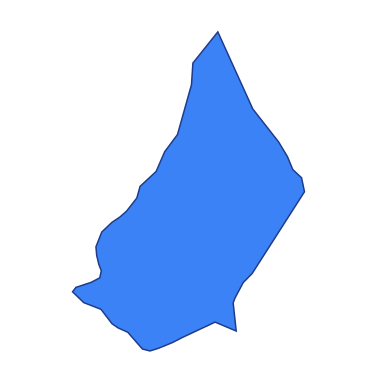 the Municipality of Bled, rotated 94°
{"feature_id": "SVN-1008", "entity_name": "Bled", "entity_type": "Municipality", "adm_level": 1, "iso_a3": "SVN", "parent_name": "Slovenia", "parent_adm1": "", "projection": "albers", "projection_center": [14.045, 46.372], "detail": "fine", "context": "isolated", "style": "filled", "palette": "blue", "viewbox_px": 384, "rotation_deg": 94, "n_neighbors": 0, "source": "natural_earth", "source_scale": "10m", "svg_char_len": 678}
<svg xmlns="http://www.w3.org/2000/svg" viewBox="0 0 384 384"><g transform="rotate(94 192 192)"><path d="M63.3,200.1L30.5,177.4L105.0,137.1L136.0,109.1L150.0,99.3L162.6,93.0L170.2,83.7L183.9,79.8L269.1,126.3L278.8,134.6L294.5,141.6L299.7,143.2L327.6,138.2L320.2,159.9L337.8,191.5L343.5,200.9L350.4,214.9L353.5,222.8L352.1,230.5L336.4,246.3L332.7,256.3L329.0,262.6L315.4,274.6L309.9,292.3L299.9,304.2L295.2,301.1L289.1,286.2L284.0,278.0L276.9,277.0L270.7,279.9L261.8,282.7L253.4,284.0L238.2,279.2L227.9,269.8L222.0,262.2L215.6,255.9L201.8,246.6L190.0,244.2L174.0,229.2L153.8,222.1L135.7,210.5L85.0,200.0L63.3,200.1Z" fill="#3b82f6" stroke="#1e3a8a" stroke-width="1.5"/></g></svg>